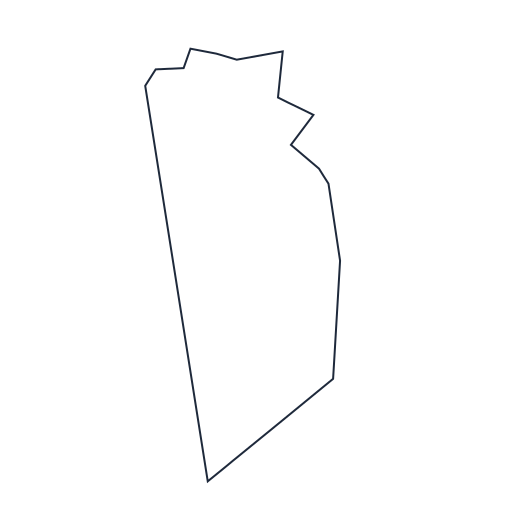 outline of Ñorquinco, Río Negro, Argentina, rotated 81°
{"feature_id": "61730980B33253419160429", "entity_name": "Ñorquinco", "entity_type": "district", "adm_level": 2, "iso_a3": "ARG", "parent_name": "Argentina", "parent_adm1": "Río Negro", "projection": "natural_earth1", "projection_center": [-70.687, -41.707], "detail": "fine", "context": "isolated", "style": "outline", "palette": "slate", "viewbox_px": 512, "rotation_deg": 81, "n_neighbors": 0, "source": "geoboundaries", "source_scale": "gbopen_adm2", "svg_char_len": 593}
<svg xmlns="http://www.w3.org/2000/svg" viewBox="0 0 512 512"><g transform="rotate(81 256 256)"><path d="M70.6,338.8L98.3,338.8L111.9,338.8L287.2,338.8L462.3,338.9L468.9,338.9L471.0,338.9L459.5,319.1L454.4,310.5L426.5,262.5L389.4,199.1L389.1,199.0L367.3,194.2L273.8,173.7L195.9,173.1L187.2,176.9L179.6,180.1L171.0,187.5L151.7,204.1L125.6,177.2L112.3,196.2L109.7,200.0L102.9,209.5L58.1,197.6L59.1,244.3L51.2,260.8L49.9,263.6L41.0,288.3L59.1,298.1L57.6,311.8L57.5,312.2L56.6,320.6L56.3,322.8L56.0,325.9L70.1,338.4L70.6,338.8L70.6,338.8Z" fill="none" stroke="#1e293b" stroke-width="2"/></g></svg>